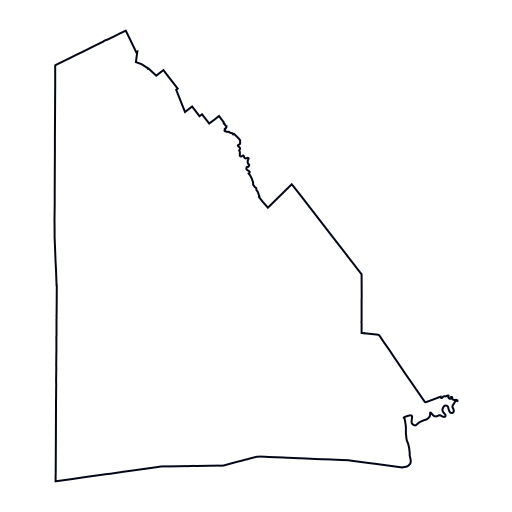 Ongkharak, Nakhon Nayok, Thailand
{"feature_id": "78962969B80179535824157", "entity_name": "Ongkharak", "entity_type": "district", "adm_level": 2, "iso_a3": "THA", "parent_name": "Thailand", "parent_adm1": "Nakhon Nayok", "projection": "mercator", "projection_center": [101.067, 14.102], "detail": "fine", "context": "isolated", "style": "outline", "palette": "ink", "viewbox_px": 512, "rotation_deg": 0, "n_neighbors": 0, "source": "geoboundaries", "source_scale": "gbopen_adm2", "svg_char_len": 5926}
<svg xmlns="http://www.w3.org/2000/svg" viewBox="0 0 512 512"><path d="M105.6,40.2L104.2,40.8L103.4,41.5L99.8,43.3L94.4,45.9L81.7,52.3L76.3,54.8L71.4,57.3L55.5,65.1L55.3,65.3L55.2,65.5L55.2,74.0L55.2,76.7L55.2,84.7L54.9,139.1L54.9,151.4L54.8,169.5L54.7,195.4L54.7,204.5L54.5,219.6L54.6,229.5L54.6,233.7L54.6,237.2L55.1,249.6L55.2,252.2L55.5,260.3L56.0,269.7L56.5,284.0L56.7,284.8L56.5,285.2L56.7,285.6L56.8,286.1L56.7,299.7L56.7,302.0L56.6,313.8L56.5,316.2L56.6,317.4L56.5,318.9L56.5,320.1L56.5,321.1L56.5,323.7L56.5,335.5L56.4,336.0L56.4,336.5L56.3,337.5L56.5,337.9L56.3,338.8L56.4,339.4L56.4,342.1L56.4,342.7L56.4,343.6L56.4,351.4L56.3,355.9L56.3,358.4L56.2,366.3L56.3,366.7L56.1,379.8L56.2,385.0L56.1,392.2L56.1,395.9L56.0,401.1L56.0,408.4L55.8,455.9L55.7,473.2L55.6,476.1L55.6,481.3L71.8,479.1L85.6,477.0L99.4,475.1L106.6,474.1L110.2,473.8L123.0,471.8L129.0,471.0L152.9,467.7L161.0,466.5L163.3,466.4L170.9,466.4L186.2,466.1L188.7,466.1L192.8,465.9L196.8,466.0L211.7,465.7L217.9,465.6L219.9,465.7L223.3,465.6L236.7,461.9L242.5,460.5L244.7,459.8L246.0,459.5L247.0,459.4L249.1,458.7L256.1,456.9L257.8,456.7L260.6,456.6L264.3,456.7L268.5,457.0L283.6,457.5L285.6,457.7L286.7,457.7L297.9,458.2L303.9,458.4L317.3,459.1L328.7,459.4L341.5,460.0L348.2,460.2L348.9,460.3L351.3,460.7L370.1,463.2L372.6,463.5L376.8,464.0L402.4,467.5L403.0,467.2L404.7,467.0L406.2,466.7L407.3,466.3L408.4,465.6L409.5,464.5L410.0,464.0L410.4,463.2L410.6,462.7L410.7,461.5L410.7,460.0L410.5,459.0L409.7,455.5L409.7,455.1L409.7,452.9L409.6,452.0L409.3,449.4L409.2,448.4L408.3,444.3L407.5,442.1L406.9,440.8L406.5,438.9L405.9,433.4L405.9,432.2L405.9,427.3L405.7,425.2L405.0,420.8L404.7,419.1L404.4,418.5L404.2,418.2L403.8,417.9L403.8,417.6L404.1,417.3L404.6,417.0L407.8,415.9L409.2,415.5L410.2,415.4L410.9,415.4L411.5,415.6L411.9,416.1L412.1,416.5L412.1,416.9L411.6,421.1L411.6,422.2L411.7,423.0L412.1,423.7L412.7,424.3L414.1,425.2L414.4,425.3L415.0,425.4L415.6,425.3L416.1,425.0L417.9,423.5L418.8,422.7L419.3,422.4L420.0,422.0L421.2,421.4L423.8,420.3L426.3,419.5L426.9,419.2L428.2,418.3L429.5,416.8L429.8,416.2L430.0,415.6L430.1,415.1L430.1,412.9L430.2,412.7L430.4,412.6L430.7,412.6L431.0,412.8L431.9,413.9L433.3,415.4L434.0,416.0L434.7,416.3L435.4,416.4L436.1,416.4L437.4,416.0L438.6,415.5L439.3,415.3L439.8,415.2L440.4,415.4L442.3,416.4L443.2,416.8L444.1,416.9L444.8,416.8L445.3,416.4L445.5,416.0L445.5,415.6L445.4,415.0L445.2,414.5L443.5,412.4L442.7,411.3L442.6,410.7L442.5,410.2L442.5,409.2L442.7,408.6L443.2,407.4L444.0,406.3L444.5,405.8L445.0,405.7L445.4,405.6L446.4,405.6L446.6,405.7L447.1,406.0L447.6,406.4L448.0,406.9L448.1,407.1L448.3,407.9L448.8,409.9L449.6,411.7L450.0,412.2L450.5,412.7L451.1,412.9L452.0,413.0L452.6,412.8L453.0,412.5L453.4,412.2L453.6,411.7L453.8,410.7L453.6,409.7L453.4,409.1L452.5,407.2L452.5,406.5L452.6,405.7L453.1,404.9L454.8,402.1L455.5,401.1L455.9,400.8L456.4,400.7L457.0,400.8L457.4,401.0L457.5,400.7L457.4,400.4L456.9,400.1L456.0,399.8L455.5,399.8L454.8,400.0L454.3,400.0L453.5,399.8L452.7,399.4L452.3,399.1L452.1,398.9L452.1,398.7L452.3,397.9L452.1,397.2L451.8,397.0L451.1,397.0L450.8,397.2L450.7,397.5L450.6,398.4L450.5,398.6L450.4,398.7L450.0,398.8L449.5,398.7L448.9,398.2L448.3,397.4L448.3,397.0L448.5,396.3L448.6,395.9L448.5,395.6L448.2,395.5L447.5,395.6L447.0,395.7L446.6,395.9L445.9,396.4L444.6,396.2L443.6,396.4L443.1,396.7L442.4,397.7L442.2,397.8L441.6,398.0L441.3,398.0L441.0,397.8L440.9,397.7L440.7,396.7L437.6,397.8L434.8,398.9L432.1,399.9L427.8,401.5L425.7,402.2L425.3,402.2L425.1,402.1L424.1,400.9L414.2,386.5L405.0,373.3L401.6,368.2L393.1,355.7L389.7,350.5L383.9,342.3L380.6,337.3L379.8,336.1L379.0,335.2L378.6,334.9L377.9,334.7L370.5,333.9L365.6,333.4L365.3,333.3L364.7,333.2L364.4,333.1L364.1,333.4L363.7,333.2L361.6,333.0L361.6,323.3L361.4,322.0L361.6,321.2L361.6,320.5L361.6,315.3L361.6,312.0L361.6,299.2L361.7,296.9L361.6,278.2L361.6,274.3L359.4,271.5L357.9,269.6L356.2,267.4L354.4,265.0L348.3,257.2L345.7,253.7L333.0,237.4L304.3,200.2L293.5,186.4L291.7,184.3L268.0,207.6L267.9,207.7L262.9,202.0L258.9,197.0L258.9,196.9L259.4,196.5L257.9,192.1L257.0,190.8L256.5,190.2L256.2,188.0L254.6,186.9L254.1,185.9L253.2,184.9L253.1,184.1L253.1,182.6L253.0,182.0L252.9,181.6L252.4,180.6L252.0,179.0L251.3,177.6L250.1,175.3L248.6,173.5L249.5,172.7L249.7,172.2L249.6,171.7L249.2,171.2L247.3,170.1L246.5,169.3L246.4,168.9L246.4,168.2L246.5,167.9L246.7,167.2L246.9,167.0L247.2,166.9L247.6,166.8L248.0,166.9L248.2,166.6L248.7,166.4L249.0,165.7L249.2,164.9L249.1,164.6L248.5,164.3L248.0,163.4L247.8,163.0L247.7,162.3L247.7,160.9L248.5,158.9L248.5,158.6L248.5,158.3L248.2,158.0L247.8,157.9L247.3,157.9L246.3,158.3L245.7,158.4L245.3,158.4L245.0,158.2L244.6,157.9L244.3,157.5L243.9,156.2L243.5,155.7L243.2,155.5L242.7,155.6L241.8,156.3L241.2,156.5L240.9,156.5L240.3,156.2L240.0,155.9L239.8,155.6L239.8,155.0L239.9,152.4L239.8,151.8L239.3,150.9L239.2,150.6L240.0,148.9L240.1,148.6L240.1,148.2L240.0,147.9L238.1,146.1L237.9,145.7L238.0,145.4L238.1,145.1L239.8,144.1L240.0,143.8L240.1,143.2L240.1,140.5L240.1,140.2L238.6,138.4L237.2,136.9L233.9,133.8L233.1,134.4L232.9,134.2L232.5,133.4L232.3,133.3L232.0,133.1L230.8,133.0L230.4,132.8L229.9,132.6L229.0,131.8L228.6,131.8L227.0,131.9L226.2,131.5L225.4,131.4L224.9,131.1L224.6,130.9L224.5,130.7L225.0,129.9L225.0,129.6L224.7,129.1L224.7,128.9L224.9,128.7L225.0,128.6L225.6,128.5L225.8,128.4L226.0,127.7L226.4,127.2L226.5,126.1L226.3,126.0L225.7,125.7L225.3,125.3L224.7,124.4L224.4,123.6L223.8,123.4L223.7,123.4L223.6,123.1L223.7,122.5L223.7,122.2L221.0,118.7L219.0,116.0L215.0,119.2L209.2,123.5L202.0,114.3L199.5,116.2L192.1,106.5L185.0,112.0L176.2,89.8L177.7,88.6L168.6,76.9L163.4,70.1L156.2,75.7L155.7,75.0L155.2,74.7L148.5,68.5L148.0,68.8L147.5,68.2L147.3,67.8L146.4,67.3L142.3,64.6L141.1,64.0L135.9,62.1L137.3,51.6L136.2,52.2L128.7,36.6L126.2,31.6L125.7,30.7L120.0,33.4L112.5,37.2L107.7,39.5L106.7,39.9L105.6,40.2Z" fill="none" stroke="#020617" stroke-width="2"/></svg>